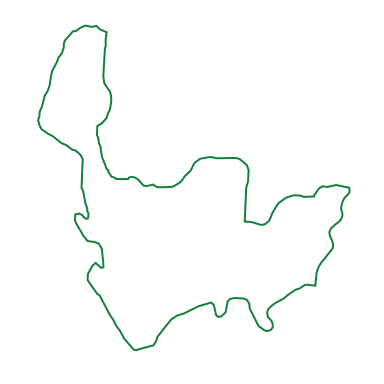 Ixchiguán, San Marcos, Guatemala (Equal Earth projection), rotated 183°
{"feature_id": "79465075B80517752911806", "entity_name": "Ixchiguán", "entity_type": "district", "adm_level": 2, "iso_a3": "GTM", "parent_name": "Guatemala", "parent_adm1": "San Marcos", "projection": "equal_earth", "projection_center": [-91.922, 15.132], "detail": "fine", "context": "isolated", "style": "outline", "palette": "green", "viewbox_px": 384, "rotation_deg": 183, "n_neighbors": 0, "source": "geoboundaries", "source_scale": "gbopen_adm2", "svg_char_len": 3047}
<svg xmlns="http://www.w3.org/2000/svg" viewBox="0 0 384 384"><g transform="rotate(183 192 192)"><path d="M327.8,333.0L327.6,329.3L328.5,326.5L329.0,324.1L332.3,319.3L333.7,314.8L338.2,304.8L339.9,290.4L341.7,284.6L344.1,280.7L346.3,269.4L348.2,264.5L348.5,258.1L349.2,257.4L349.3,255.0L347.5,250.0L345.2,246.5L338.8,242.7L333.5,240.2L325.3,234.1L319.9,232.2L313.9,228.0L310.6,227.4L307.3,224.9L305.2,223.1L302.9,219.2L302.5,190.1L300.8,187.5L297.9,175.3L295.8,170.2L295.6,167.6L294.2,164.8L294.3,161.6L294.8,159.9L296.8,159.8L299.0,161.4L300.4,163.3L303.6,164.5L307.4,163.5L307.4,157.9L305.5,153.6L302.6,149.4L298.1,142.4L293.7,137.5L286.9,137.0L282.3,135.5L279.1,130.5L277.0,117.5L276.5,112.1L278.7,111.5L284.5,116.1L287.6,113.2L289.7,108.5L291.6,104.9L291.7,99.0L290.8,97.4L281.3,85.3L278.7,83.7L267.8,65.3L266.8,63.9L263.6,59.7L260.3,53.9L256.2,49.0L252.0,42.0L246.7,36.4L241.9,31.5L239.1,31.1L237.3,32.0L229.7,34.5L222.5,36.8L220.3,40.6L218.8,45.7L207.4,61.9L205.6,64.1L200.4,67.8L194.0,70.1L179.4,78.3L167.1,82.6L164.3,80.3L161.4,70.2L159.3,68.6L156.1,69.4L152.2,73.6L150.6,84.6L148.4,87.2L143.7,88.4L134.9,88.3L131.7,87.3L129.0,83.4L128.2,78.6L118.7,61.8L112.3,57.6L111.0,57.2L109.5,57.2L108.4,57.4L106.4,58.3L105.6,59.1L104.4,60.9L104.3,62.3L104.6,64.5L105.4,66.5L106.4,68.0L109.6,71.2L110.5,74.7L110.1,78.4L107.8,81.4L103.0,85.5L94.8,90.4L90.9,94.2L85.6,98.3L83.0,100.0L79.5,101.3L76.8,103.4L74.5,105.0L71.8,105.5L68.7,105.1L65.5,105.1L64.0,104.8L63.6,112.5L63.4,117.4L62.5,121.4L61.3,124.4L59.4,128.1L58.0,129.8L54.8,134.3L51.1,139.6L48.9,142.6L48.3,144.7L48.3,146.4L48.9,148.9L49.8,151.3L52.1,155.8L52.6,158.4L52.6,159.7L51.9,161.7L51.3,162.8L49.7,164.5L47.6,166.7L44.7,169.1L43.1,170.6L41.9,172.2L41.0,174.4L40.6,176.2L40.7,178.4L41.7,181.4L42.3,183.4L41.9,187.0L41.2,189.8L40.2,192.4L39.5,193.8L38.4,195.3L36.9,196.9L35.4,198.7L34.8,199.8L34.7,201.2L35.0,203.5L35.4,204.7L37.7,204.9L48.4,206.5L57.2,204.1L62.0,204.6L65.4,202.2L67.7,198.5L69.5,195.6L69.8,193.9L73.5,193.6L80.3,193.0L83.5,194.1L90.0,194.1L97.6,191.4L104.5,185.8L105.3,185.0L106.3,183.3L109.4,177.5L110.4,176.0L112.0,170.9L113.7,167.0L117.3,163.7L121.1,162.7L131.3,165.2L137.8,165.2L138.1,199.2L136.6,205.1L136.6,216.9L138.7,221.8L142.9,225.0L146.0,227.3L149.7,228.3L168.8,227.0L175.3,228.0L185.5,225.7L190.3,221.8L191.4,220.5L194.5,213.2L200.0,207.4L202.1,203.8L205.3,200.2L211.7,196.2L218.9,195.4L226.4,195.0L228.7,195.7L231.1,197.4L237.6,195.5L240.9,196.0L242.5,197.6L246.9,202.0L249.9,203.5L253.3,204.0L255.6,203.2L256.5,201.6L268.7,201.0L269.9,202.3L273.1,203.0L276.6,207.7L276.7,209.2L278.8,211.0L279.7,213.6L283.6,222.0L285.5,230.1L285.5,232.0L287.4,235.7L288.6,241.6L289.9,243.8L290.0,252.8L288.2,254.2L285.6,255.8L282.3,260.0L281.2,261.3L280.2,265.5L279.1,268.3L278.2,270.4L277.4,278.5L277.8,283.6L279.2,288.0L285.2,295.8L286.6,302.4L286.5,330.5L285.8,333.4L286.2,339.8L285.6,347.1L292.9,349.8L296.0,352.9L300.6,351.6L307.2,352.6L312.1,350.1L316.6,346.6L319.3,346.2L324.6,339.5L326.9,336.6L327.8,333.0Z" fill="none" stroke="#15803d" stroke-width="2"/></g></svg>